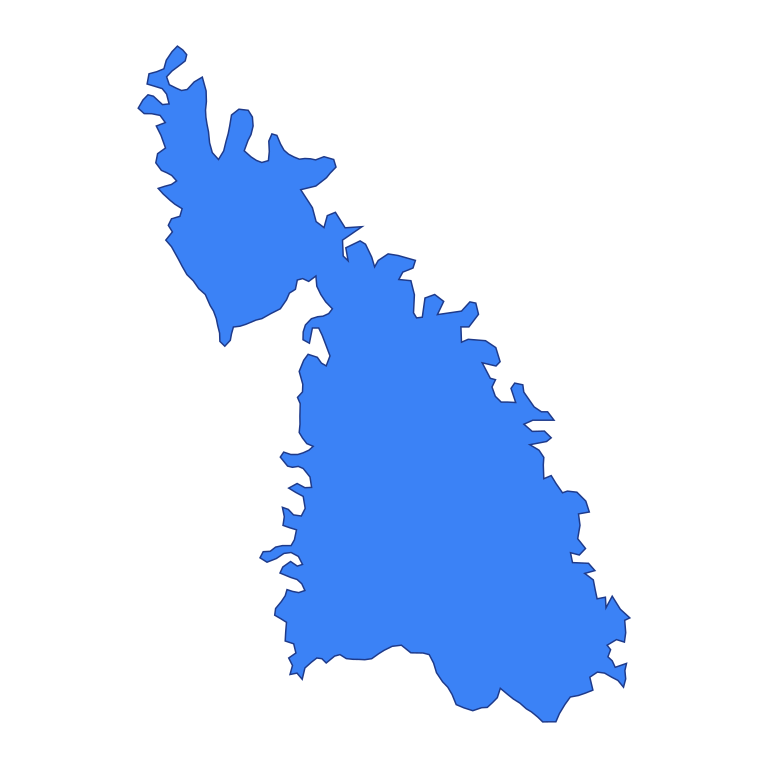 Erval Seco, Rio Grande do Sul, Brazil
{"feature_id": "56859067B78452754947925", "entity_name": "Erval Seco", "entity_type": "district", "adm_level": 2, "iso_a3": "BRA", "parent_name": "Brazil", "parent_adm1": "Rio Grande do Sul", "projection": "equal_earth", "projection_center": [-53.542, -27.488], "detail": "fine", "context": "isolated", "style": "filled", "palette": "blue", "viewbox_px": 768, "rotation_deg": 0, "n_neighbors": 0, "source": "geoboundaries", "source_scale": "gbopen_adm2", "svg_char_len": 4762}
<svg xmlns="http://www.w3.org/2000/svg" viewBox="0 0 768 768"><path d="M626.5,663.4L615.2,667.3L612.2,660.8L607.9,656.8L610.6,649.7L607.1,645.2L616.5,639.6L624.4,642.1L625.7,632.7L624.7,620.3L629.8,617.9L620.3,609.2L612.2,596.2L606.0,607.8L605.4,597.2L597.1,598.8L595.2,589.8L593.3,579.9L584.7,573.4L594.9,570.6L588.5,563.3L572.5,562.6L570.5,552.7L579.3,555.0L585.5,548.5L577.7,538.7L580.0,525.3L578.5,513.9L589.3,512.0L585.8,501.1L576.9,492.2L567.4,491.1L562.5,492.8L556.0,483.5L551.2,475.6L543.8,478.7L543.3,465.0L543.8,457.4L539.0,450.2L529.8,444.7L546.6,441.5L551.2,437.8L544.4,431.1L532.2,431.4L523.9,424.2L532.8,420.2L554.0,420.2L547.6,411.8L541.4,411.8L534.1,406.9L523.8,392.1L522.8,384.8L514.7,383.1L511.0,388.4L515.7,402.5L507.9,402.1L501.2,402.1L495.3,396.3L492.0,387.0L495.5,379.7L490.3,378.3L482.2,362.8L496.0,366.0L500.1,361.7L495.8,347.6L485.5,340.7L468.2,339.3L461.5,342.2L460.9,326.9L468.9,326.9L478.5,314.3L475.8,303.1L469.9,301.9L461.5,311.1L437.4,314.6L443.7,301.4L434.7,294.5L425.0,298.0L422.3,317.2L416.6,317.9L413.5,312.8L414.4,294.8L410.9,280.7L398.8,279.5L402.8,272.1L413.0,268.0L415.4,260.4L398.1,255.5L388.1,253.9L378.2,260.5L374.6,266.9L371.7,257.1L365.5,244.2L360.1,240.9L345.8,247.8L348.1,260.8L343.2,256.0L342.5,240.1L362.0,226.7L345.1,227.8L335.4,212.3L327.3,215.6L324.0,227.6L316.1,221.6L312.4,207.7L300.7,189.7L315.9,186.0L326.5,177.7L330.0,173.3L336.0,167.1L333.7,159.5L324.0,156.7L315.6,159.9L310.5,158.8L304.9,158.5L299.4,159.2L294.0,157.0L288.6,154.2L284.0,150.2L280.5,144.0L276.9,135.4L271.9,133.9L268.8,141.1L269.3,151.6L268.4,160.6L261.8,162.5L256.4,160.4L251.2,157.0L244.2,150.8L248.0,140.4L251.0,134.6L253.1,126.0L252.4,117.0L248.2,110.3L238.9,109.2L231.5,115.0L229.7,126.0L228.2,133.6L226.1,141.1L223.7,150.9L218.5,159.5L212.3,152.6L209.6,142.9L208.5,131.8L206.9,123.7L205.9,117.2L205.5,110.1L206.4,101.6L206.1,90.9L202.3,77.1L194.2,81.9L187.2,89.5L181.5,90.5L176.3,88.2L169.3,84.7L166.6,76.8L172.0,71.0L178.4,66.2L185.2,60.9L186.7,54.7L182.8,50.0L177.4,46.1L172.0,51.7L166.3,60.2L163.9,68.8L156.8,71.7L149.0,73.8L147.1,84.0L154.1,86.1L162.2,88.6L166.6,94.1L169.1,103.9L162.5,104.6L158.4,100.9L153.4,96.2L148.0,94.8L143.0,99.9L138.2,108.2L144.2,113.6L151.7,113.7L160.1,115.4L165.3,122.6L156.3,126.0L161.0,135.4L165.5,148.0L157.6,153.7L155.8,162.8L161.4,170.4L167.1,172.9L171.7,175.4L176.6,180.9L171.4,184.5L164.7,186.3L158.2,188.4L163.1,193.9L170.2,200.4L175.0,204.3L182.1,208.7L179.9,216.3L171.5,218.8L168.3,225.3L172.4,231.9L165.8,240.1L171.5,246.7L174.5,252.1L178.5,259.3L182.1,266.2L186.9,274.6L193.2,280.7L198.8,288.7L205.3,294.5L210.2,305.6L213.5,311.0L216.3,318.6L217.7,325.5L219.6,333.1L219.9,341.4L224.8,346.2L230.3,340.3L231.5,333.8L233.4,327.0L240.0,326.2L245.9,324.3L255.9,320.1L261.9,318.6L270.8,313.6L280.3,308.8L286.5,299.8L289.4,293.1L295.4,289.3L297.3,280.0L302.7,278.6L308.7,281.4L315.9,276.0L316.8,286.2L320.8,294.5L325.7,301.9L332.4,308.8L328.7,313.6L323.0,316.2L317.8,316.7L311.4,318.7L305.4,325.0L303.2,331.9L303.0,339.7L309.4,343.2L312.4,328.0L318.7,328.0L322.2,335.3L325.9,345.0L330.0,355.9L326.2,365.9L321.4,363.1L317.3,357.3L308.1,354.3L303.7,360.3L299.2,371.4L302.8,384.3L302.5,391.9L297.5,397.4L300.2,403.6L299.9,416.3L300.0,424.2L299.2,432.5L302.5,438.0L306.8,443.6L313.2,446.3L308.9,450.2L303.2,452.8L297.8,454.5L290.8,454.5L283.7,452.1L280.3,457.1L287.6,466.1L292.4,467.3L298.3,466.4L303.2,468.5L310.0,477.0L311.6,487.4L304.9,487.7L297.1,483.5L288.7,488.1L295.9,492.5L303.2,496.4L305.2,508.4L301.3,516.0L293.5,514.9L288.3,509.4L282.4,507.3L284.3,516.7L283.0,525.4L289.9,527.8L296.5,529.8L294.4,539.8L291.1,545.6L282.5,545.6L275.6,547.1L270.2,551.3L263.2,551.7L260.0,557.8L267.0,562.2L276.4,558.5L284.0,553.4L291.1,552.5L298.4,556.4L302.5,564.4L297.3,566.1L290.6,561.5L282.8,567.0L280.0,573.0L290.6,577.4L297.1,579.5L301.8,583.8L304.9,590.5L298.7,592.6L292.5,591.4L287.0,589.6L285.2,595.8L281.3,601.6L275.6,608.5L274.7,615.2L280.6,618.6L286.5,622.3L285.7,632.0L285.2,641.0L293.7,643.8L295.9,653.0L288.7,658.0L292.5,665.5L290.0,674.5L297.0,673.1L302.2,679.3L304.9,668.0L311.4,662.2L316.8,658.0L321.9,658.7L326.2,663.0L334.6,656.1L340.0,654.6L346.3,658.6L352.9,659.3L358.9,659.4L364.8,659.7L371.7,658.7L378.7,653.7L384.1,650.3L392.2,646.3L401.4,645.2L410.8,652.8L423.0,653.0L429.2,654.6L433.6,663.1L436.5,672.7L442.6,681.8L447.8,687.2L452.1,694.5L456.2,704.6L463.8,707.8L472.8,710.7L481.6,707.7L487.3,707.4L492.5,702.6L497.3,697.7L500.3,688.3L507.5,694.3L513.5,699.1L519.9,703.1L526.3,708.8L531.3,711.8L537.8,717.1L542.7,721.9L549.2,721.8L555.9,721.8L559.4,713.6L564.9,704.5L570.3,697.0L578.4,695.5L585.4,693.1L592.9,690.1L589.8,677.2L597.4,672.1L604.6,673.1L611.7,677.2L617.9,680.4L623.5,687.2L625.7,678.9L624.9,670.6L626.5,663.4Z" fill="#3b82f6" stroke="#1e3a8a" stroke-width="1.5"/></svg>